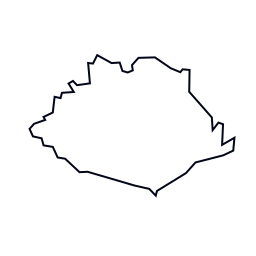 DeKalb, Tennessee, United States of America (Equal Earth projection), rotated 326°
{"feature_id": "52423323B12526845060085", "entity_name": "DeKalb", "entity_type": "district", "adm_level": 2, "iso_a3": "USA", "parent_name": "United States of America", "parent_adm1": "Tennessee", "projection": "equal_earth", "projection_center": [-85.84, 35.98], "detail": "fine", "context": "isolated", "style": "outline", "palette": "ink", "viewbox_px": 256, "rotation_deg": 326, "n_neighbors": 0, "source": "geoboundaries", "source_scale": "gbopen_adm2", "svg_char_len": 747}
<svg xmlns="http://www.w3.org/2000/svg" viewBox="0 0 256 256"><g transform="rotate(326 128 128)"><path d="M113.2,199.6L116.8,196.4L150.9,197.8L164.7,194.3L191.6,203.9L202.6,205.6L210.8,195.6L196.6,194.6L208.9,178.0L206.0,174.1L197.0,177.1L203.4,166.2L199.0,132.2L211.5,114.3L206.1,109.9L202.6,111.0L196.9,102.4L189.8,84.5L175.9,75.7L166.5,78.1L164.2,82.9L158.8,81.8L155.3,77.6L157.7,69.1L150.7,65.0L143.2,50.4L135.0,55.0L131.3,51.8L121.4,69.7L109.7,64.0L108.7,58.2L103.6,57.9L103.2,67.8L92.9,61.9L88.8,65.5L84.6,61.1L74.3,73.1L64.2,71.6L63.8,75.0L52.5,72.0L45.9,73.7L44.5,81.8L50.6,88.2L48.3,95.2L55.1,101.6L53.2,113.1L58.7,118.3L63.1,137.5L70.0,141.7L101.2,179.3L111.6,190.4L113.2,199.6Z" fill="none" stroke="#020617" stroke-width="2"/></g></svg>